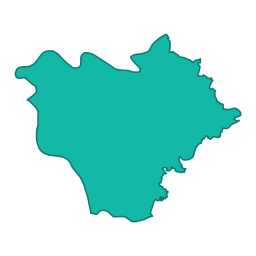 Hung Ha, Thái Bình, Vietnam (Albers equal-area conic projection)
{"feature_id": "81297802B42785936874032", "entity_name": "Hung Ha", "entity_type": "district", "adm_level": 2, "iso_a3": "VNM", "parent_name": "Vietnam", "parent_adm1": "Thái Bình", "projection": "albers", "projection_center": [106.238, 20.593], "detail": "fine", "context": "isolated", "style": "filled", "palette": "teal", "viewbox_px": 256, "rotation_deg": 0, "n_neighbors": 0, "source": "geoboundaries", "source_scale": "gbopen_adm2", "svg_char_len": 5773}
<svg xmlns="http://www.w3.org/2000/svg" viewBox="0 0 256 256"><path d="M236.8,108.9L235.6,108.3L234.3,108.2L232.9,108.5L230.6,109.3L228.8,109.6L223.3,109.1L223.1,104.5L222.5,104.1L220.1,103.7L219.9,103.8L219.7,103.8L219.5,103.6L219.5,103.4L219.7,102.7L218.9,102.5L218.2,102.0L217.4,101.9L217.3,101.6L217.3,100.8L217.0,100.6L217.0,100.3L216.5,99.8L216.3,98.9L215.8,97.7L214.4,96.1L215.2,94.9L214.4,93.7L215.3,91.3L215.2,90.8L212.6,88.4L210.9,89.8L210.1,88.6L209.5,87.9L209.7,86.4L209.9,85.8L210.8,84.1L211.3,82.7L212.8,80.3L212.0,80.1L211.8,79.9L211.5,78.0L210.8,78.0L210.4,78.8L208.0,78.1L207.3,78.1L207.1,78.0L206.6,76.9L206.0,76.3L203.3,75.0L202.9,75.5L202.8,76.2L200.6,76.2L199.1,75.8L198.0,75.8L197.8,75.7L199.4,69.6L199.7,68.7L200.0,66.4L199.6,66.4L199.1,65.3L198.8,65.1L198.3,64.9L198.3,64.7L198.1,64.1L198.1,63.6L198.2,63.3L198.7,62.9L200.0,62.8L200.4,62.7L200.5,62.5L200.3,59.0L199.9,59.1L199.1,59.7L196.2,60.2L195.2,60.6L194.1,61.5L193.4,62.5L193.0,62.5L192.3,61.7L190.9,60.8L190.1,60.0L188.1,59.4L184.9,58.1L182.5,57.3L180.7,57.3L178.6,56.2L178.2,55.3L174.2,52.6L173.1,51.7L172.6,52.0L172.2,52.1L171.6,51.8L170.0,52.3L169.5,52.2L169.4,51.3L169.8,49.4L170.1,46.8L170.0,45.7L170.1,44.3L169.9,41.2L169.4,41.0L169.1,40.6L167.6,38.3L168.7,37.8L166.5,34.4L164.3,35.2L161.6,36.8L159.5,38.2L155.7,41.2L152.9,44.1L152.1,45.1L149.4,50.2L148.9,50.8L148.2,51.5L145.4,52.6L141.8,53.7L139.5,54.1L136.4,54.3L135.0,54.6L133.6,55.1L132.3,55.7L131.2,56.5L130.9,56.8L130.8,57.2L130.9,57.9L132.9,60.8L135.6,63.8L139.0,67.2L139.4,67.8L140.1,69.6L140.1,70.5L140.0,71.1L139.7,71.6L139.1,71.9L138.1,72.1L133.8,72.1L132.5,71.9L129.0,70.8L127.8,70.6L126.5,70.4L120.1,70.0L117.3,69.6L115.7,69.2L114.6,68.6L109.9,65.2L93.7,54.7L89.6,53.2L88.8,53.0L85.9,52.7L85.2,52.7L84.5,52.9L83.5,53.4L81.7,55.3L81.2,56.4L81.0,57.4L80.8,58.5L80.9,60.5L80.7,64.3L80.6,65.2L80.0,66.1L79.0,67.2L77.5,67.9L76.2,68.0L73.3,67.9L72.4,67.5L67.6,63.7L64.5,60.8L61.8,58.2L59.6,55.7L57.6,53.7L53.7,51.4L52.4,51.0L51.2,50.9L47.1,51.1L45.3,51.6L44.1,52.1L42.9,53.0L42.1,53.8L40.4,55.8L37.2,60.3L34.1,63.8L32.2,65.0L30.9,65.7L28.8,66.5L27.9,66.7L23.1,66.8L20.4,67.2L19.4,67.4L18.4,68.0L17.6,68.6L16.9,69.3L16.2,70.5L15.5,72.8L15.4,73.7L15.6,75.4L16.1,76.8L16.7,77.4L18.2,78.2L19.0,78.3L24.2,77.6L24.8,77.6L25.2,77.8L32.4,84.2L35.2,86.1L35.5,86.6L35.7,87.0L36.5,90.6L36.5,91.2L36.4,91.8L35.9,92.6L33.8,94.9L30.6,97.4L28.3,99.0L27.4,100.0L29.0,100.7L29.8,101.2L30.7,102.3L34.6,106.0L36.2,108.0L38.0,111.5L38.2,112.8L38.0,117.0L38.1,124.1L38.0,125.4L37.0,129.0L36.7,131.8L36.5,133.2L36.6,138.8L36.8,140.8L37.1,142.3L37.7,144.1L39.1,148.0L39.6,149.0L40.7,150.5L41.6,151.5L43.8,153.0L45.3,153.7L47.8,154.7L49.0,155.0L50.6,155.3L59.9,156.4L61.7,156.8L63.9,157.5L65.9,158.6L66.9,159.3L68.7,160.7L69.4,161.5L70.7,163.6L71.8,166.2L72.3,167.3L79.2,175.9L81.1,178.8L82.6,181.7L84.5,186.5L87.6,196.6L88.4,200.3L89.0,203.6L90.4,210.1L90.9,213.3L93.0,213.4L96.2,214.3L96.7,214.2L97.7,213.6L99.3,211.6L100.3,210.8L101.4,210.4L104.1,210.3L107.3,211.3L107.9,211.6L113.2,216.5L113.7,216.7L114.2,216.8L115.4,216.8L119.2,216.5L122.0,216.5L123.0,216.5L124.3,216.7L125.2,217.0L126.4,217.7L128.7,219.2L131.0,221.0L131.7,221.4L132.5,221.6L135.4,221.6L141.8,220.2L144.3,219.4L147.0,218.1L148.1,217.4L150.6,216.6L152.4,216.2L152.2,215.6L151.7,214.7L150.5,213.9L150.7,213.2L150.7,211.7L153.0,204.7L154.6,200.1L154.9,199.6L155.1,199.6L156.9,200.3L158.6,200.8L158.8,200.7L159.0,200.3L159.8,199.4L159.9,198.8L159.9,198.3L160.3,197.8L160.5,196.9L161.1,196.6L161.2,196.8L161.2,197.3L161.7,197.5L161.8,197.8L161.4,198.5L161.6,199.0L161.5,199.3L161.4,199.4L160.9,199.3L160.9,199.8L160.5,200.1L160.5,200.3L160.7,200.5L161.0,200.5L162.1,200.5L162.3,200.4L162.5,199.8L163.2,199.4L163.0,198.5L163.4,197.7L163.5,197.6L163.8,198.1L164.0,198.3L165.0,198.8L165.3,198.7L164.9,197.7L165.0,197.5L165.5,197.3L166.8,197.4L167.1,197.0L167.2,196.5L167.1,196.0L166.4,194.9L166.4,194.5L166.9,194.0L166.8,193.5L167.5,192.8L168.0,192.0L168.0,191.7L167.8,191.5L167.4,191.4L166.4,191.4L166.3,190.3L165.2,189.2L164.7,188.9L163.7,188.8L163.2,188.6L162.6,187.7L162.6,186.8L160.0,186.2L160.3,185.4L159.1,184.8L159.4,182.9L160.8,182.9L161.5,179.7L162.1,178.9L161.7,178.6L161.5,178.1L161.2,177.8L161.2,177.6L162.0,176.9L162.1,176.2L163.0,175.5L163.1,174.6L163.2,174.2L163.7,173.9L165.9,173.7L166.2,173.5L165.9,172.8L165.2,172.1L164.2,170.6L162.5,168.5L162.5,168.4L162.8,168.1L164.5,167.5L165.4,167.4L165.9,167.9L166.9,168.1L167.0,168.2L166.4,169.5L166.6,170.1L167.0,170.5L167.3,170.7L168.3,170.7L169.1,170.9L169.5,170.7L171.8,168.5L171.9,168.4L171.5,167.9L171.4,167.4L171.7,166.9L171.8,166.9L172.6,167.9L173.2,168.4L174.5,168.4L174.7,168.6L175.2,169.4L175.3,170.2L175.5,170.9L175.9,171.3L176.7,171.3L177.1,171.8L178.2,171.8L181.4,172.5L182.0,172.5L183.1,171.8L184.1,172.3L185.6,168.8L184.8,168.7L182.7,168.1L181.7,167.5L181.3,167.0L181.3,166.8L181.9,166.6L182.0,166.4L182.0,165.6L181.8,165.2L180.8,164.0L179.8,162.3L179.3,161.1L179.0,158.2L179.2,157.2L180.6,157.1L181.4,158.1L182.6,159.4L183.2,159.8L184.4,160.0L185.0,160.0L186.6,159.9L188.5,159.5L189.7,159.1L191.4,158.3L192.4,157.4L193.2,156.3L193.6,155.3L194.6,151.7L195.6,148.6L196.4,147.1L197.4,145.7L199.1,143.8L199.9,143.4L201.0,143.4L202.6,138.7L203.7,139.0L203.9,138.9L204.8,137.4L205.9,135.9L208.0,136.5L208.2,136.8L207.7,137.7L210.5,139.2L213.6,136.5L218.8,137.6L219.1,136.6L219.3,136.4L220.1,136.4L220.3,134.4L220.8,131.9L221.9,131.9L222.6,128.2L224.1,128.4L226.0,128.5L226.8,128.4L227.9,128.1L228.9,127.4L231.1,124.8L231.7,124.4L233.9,123.3L236.5,122.3L239.1,120.6L238.5,120.2L238.4,120.2L236.9,121.3L236.7,121.4L235.8,120.4L235.1,119.8L234.2,119.5L234.0,119.4L234.0,119.2L234.2,118.6L234.5,118.3L240.6,115.4L240.5,112.7L240.1,111.7L238.3,110.1L236.8,108.9Z" fill="#14b8a6" stroke="#0f766e" stroke-width="1.5"/></svg>